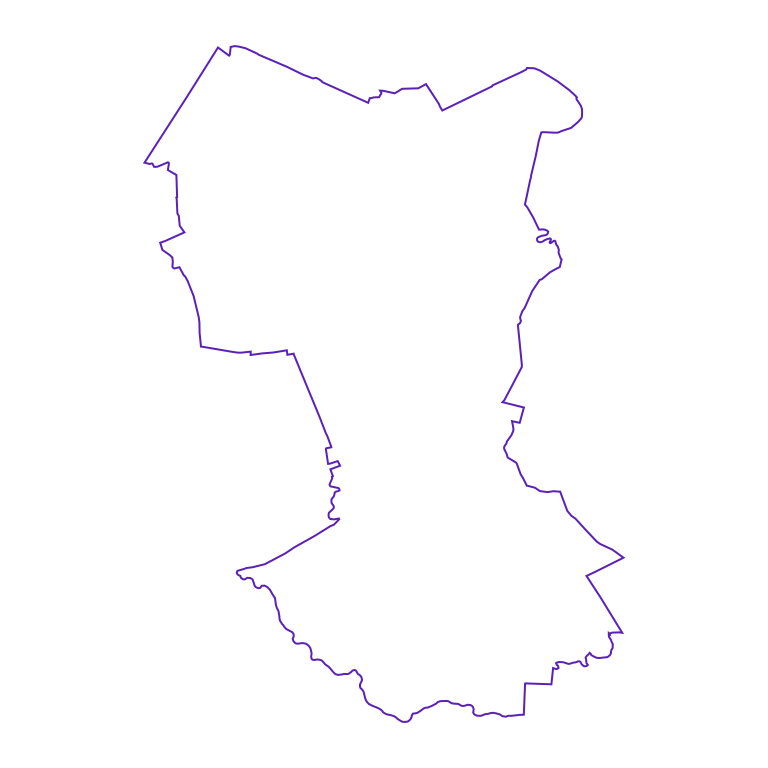 Sintea Mare, Arad, Romania
{"feature_id": "2599482B97863351949549", "entity_name": "Sintea Mare", "entity_type": "district", "adm_level": 2, "iso_a3": "ROU", "parent_name": "Romania", "parent_adm1": "Arad", "projection": "equal_earth", "projection_center": [21.626, 46.508], "detail": "fine", "context": "isolated", "style": "outline", "palette": "violet", "viewbox_px": 768, "rotation_deg": 0, "n_neighbors": 0, "source": "geoboundaries", "source_scale": "gbopen_adm2", "svg_char_len": 6080}
<svg xmlns="http://www.w3.org/2000/svg" viewBox="0 0 768 768"><path d="M402.4,721.8L405.6,721.9L407.9,721.5L409.3,720.4L410.5,719.2L411.5,717.4L411.7,715.9L412.8,713.7L416.1,713.2L417.6,712.7L421.3,710.3L423.0,708.9L424.0,708.3L425.6,707.7L427.6,707.6L431.4,706.1L436.2,703.6L437.6,702.2L439.8,701.3L441.2,701.1L445.7,701.0L448.0,701.1L449.3,701.8L451.3,703.1L453.5,703.6L456.8,703.8L458.3,704.0L459.7,704.7L461.3,705.7L463.0,706.0L464.9,705.7L467.4,704.8L470.3,705.0L471.9,705.8L472.9,707.0L473.7,709.1L473.2,712.6L474.1,714.1L474.9,714.8L477.0,715.6L478.4,715.8L481.0,715.8L485.1,714.2L488.3,713.8L490.4,713.1L493.2,712.8L496.2,713.4L499.7,714.3L501.6,715.7L503.0,716.3L505.9,716.7L508.0,715.8L511.8,715.8L519.4,714.9L523.8,714.7L525.1,683.5L525.4,683.4L551.4,684.3L553.1,668.1L556.2,669.1L557.8,668.6L558.5,667.9L558.2,667.5L558.3,666.8L557.9,665.6L556.9,665.1L556.1,663.1L556.8,662.6L559.2,662.0L563.1,662.2L568.4,663.9L570.0,663.7L573.5,662.6L575.3,662.4L576.7,662.0L578.0,661.3L579.4,661.4L580.4,661.8L581.8,664.5L584.0,666.2L585.2,666.3L587.0,665.8L587.8,665.0L586.5,663.1L586.1,659.8L585.6,657.5L586.8,655.9L589.1,653.7L589.6,652.9L590.7,653.8L591.4,655.2L594.2,656.7L596.6,657.8L599.6,658.0L607.5,657.1L609.8,655.3L610.9,653.3L611.2,650.3L612.6,648.1L612.8,644.1L611.8,642.3L610.9,639.8L609.0,636.9L608.8,635.0L608.8,633.1L609.7,633.9L609.6,633.5L612.4,632.6L619.2,632.4L622.2,632.8L600.5,597.4L586.5,576.0L596.1,571.4L623.5,557.7L612.3,549.6L600.2,544.0L596.8,541.6L585.8,530.0L575.4,518.6L571.5,515.9L567.3,510.9L560.2,491.7L553.6,491.2L547.4,492.1L539.9,491.1L534.9,487.7L526.8,485.6L522.9,477.9L520.7,474.4L516.8,463.7L516.1,462.6L508.4,458.0L507.6,457.3L506.6,453.8L504.2,449.0L504.1,447.0L505.4,444.8L506.4,443.6L506.9,441.5L511.4,435.2L513.3,430.8L513.4,428.7L513.0,426.0L512.0,421.2L519.7,422.8L523.9,407.5L502.5,402.2L504.5,400.0L521.8,367.0L521.9,365.3L517.9,324.9L518.4,324.3L519.6,323.6L520.5,322.2L520.9,321.0L520.1,317.8L520.4,316.2L521.3,314.1L522.1,311.6L524.8,307.7L532.2,291.1L539.7,279.9L541.7,279.3L550.1,272.2L555.8,269.0L559.8,267.0L561.6,259.3L560.8,258.7L558.8,253.5L558.6,252.3L558.8,249.6L557.7,246.4L556.3,244.7L555.6,242.4L555.4,241.3L555.0,240.8L554.4,240.7L553.6,241.0L551.2,242.8L550.3,243.1L549.8,242.9L549.6,242.5L549.8,241.8L550.4,241.0L550.9,239.7L550.9,239.1L550.4,238.6L549.9,238.4L546.5,239.4L544.9,240.1L542.9,241.4L541.4,242.0L540.5,242.2L539.2,242.1L538.2,241.7L537.4,241.0L537.1,240.1L537.1,238.5L537.6,237.7L538.7,237.0L541.8,235.8L545.8,235.1L546.8,234.6L547.6,233.7L548.1,232.3L548.1,231.6L547.5,230.9L546.3,230.2L544.5,229.6L543.1,229.4L541.9,229.4L540.2,229.6L539.0,229.6L533.1,217.3L527.4,207.5L524.9,204.5L525.7,201.2L530.1,180.3L531.1,176.9L531.0,176.0L535.8,155.8L538.8,140.9L541.3,132.4L542.8,132.2L544.6,132.2L555.1,132.7L558.1,132.6L561.4,131.1L570.8,128.0L571.4,127.7L578.0,122.0L581.3,118.3L581.7,117.4L582.0,116.1L582.1,111.9L582.0,109.0L580.8,105.7L579.1,103.0L576.6,99.4L576.4,98.0L576.9,97.4L575.5,95.8L569.4,90.2L557.8,81.5L540.3,70.7L535.0,68.5L532.7,68.2L527.1,68.0L526.1,69.6L519.8,72.8L492.5,85.4L492.2,86.3L442.3,110.5L439.8,106.3L439.0,104.1L426.0,84.1L418.3,88.3L402.1,88.8L396.5,92.3L394.6,93.3L383.3,90.8L380.1,90.6L381.4,92.8L381.3,93.4L379.1,97.2L373.7,97.4L371.3,98.1L369.8,98.1L368.2,102.8L322.6,82.3L321.4,80.9L319.3,79.5L316.4,77.9L315.4,77.9L313.7,78.3L312.5,78.3L309.4,77.0L303.3,74.8L287.1,66.9L258.8,54.8L257.1,53.6L245.7,48.3L238.9,46.6L234.9,46.1L230.7,46.9L229.8,54.8L229.1,55.7L218.0,47.5L186.6,97.4L144.5,162.7L149.8,164.0L151.2,163.5L152.4,163.6L154.1,166.8L155.7,166.9L157.7,166.6L167.9,162.3L168.7,162.7L168.9,163.8L168.1,168.6L168.0,170.1L176.4,175.0L177.1,197.2L176.3,197.5L176.7,198.9L177.4,213.5L178.8,215.9L179.7,225.7L184.4,232.4L164.7,241.2L160.2,242.7L162.4,249.9L169.8,255.1L172.4,257.6L172.8,261.9L172.4,266.6L173.2,267.9L174.6,268.5L179.4,267.2L183.8,275.3L185.2,276.5L187.7,281.1L193.6,296.0L198.7,317.1L199.4,322.2L199.6,333.0L201.0,346.6L201.5,346.6L231.4,351.7L238.1,352.7L241.1,352.7L250.7,351.6L250.6,355.0L262.2,353.4L273.3,352.5L286.8,350.3L287.4,354.8L293.6,353.7L293.6,354.0L309.0,391.4L319.5,416.8L325.7,432.8L327.4,436.3L331.0,446.0L331.3,447.3L326.5,448.2L326.0,448.5L325.9,449.1L328.1,463.9L330.5,463.5L337.7,461.1L340.1,465.7L330.4,469.3L332.9,476.2L331.9,476.8L332.2,478.4L329.5,484.5L330.3,486.3L338.6,488.1L339.4,489.2L339.5,490.4L338.0,491.1L335.3,491.9L334.7,492.8L334.3,494.9L333.7,496.5L331.6,499.1L331.4,500.8L331.6,503.0L333.8,506.3L333.6,508.4L328.9,512.8L328.5,515.1L328.9,517.4L330.3,519.0L334.0,519.4L338.9,518.5L339.2,519.3L333.8,524.8L330.6,526.0L314.7,535.9L294.4,547.3L285.3,553.4L264.8,564.2L252.8,567.2L246.6,568.0L244.4,568.8L237.4,570.9L236.8,572.5L237.1,573.8L238.6,575.2L240.3,575.9L240.9,577.8L243.1,579.3L244.7,579.4L247.3,577.8L250.5,578.1L251.8,578.9L252.7,579.8L253.5,582.1L254.7,585.9L255.8,587.1L257.8,588.0L258.8,588.2L260.3,587.8L261.6,585.8L264.5,585.6L267.2,587.0L269.9,589.7L272.1,593.6L274.2,596.9L274.8,597.5L274.9,598.4L275.2,599.4L275.9,604.8L276.7,607.5L278.1,610.3L278.7,612.0L278.9,613.9L279.2,614.9L279.6,619.2L280.2,621.0L282.2,624.1L283.3,625.2L284.3,626.8L286.4,629.1L292.3,632.2L293.1,633.3L293.6,634.2L293.7,635.7L293.5,637.2L292.7,638.6L293.3,640.9L294.7,642.6L296.0,643.5L297.9,643.7L301.3,643.2L303.1,643.1L306.2,643.8L308.2,645.3L309.3,646.6L310.3,648.1L311.0,650.4L311.6,653.5L311.2,656.4L311.3,657.8L311.8,659.0L312.4,659.7L314.6,660.0L316.6,659.5L317.8,659.5L320.7,660.0L322.2,660.8L324.9,664.0L326.2,665.1L328.6,666.7L330.9,669.2L332.9,671.7L335.2,674.0L336.2,674.4L338.1,674.9L342.5,674.4L343.8,673.9L347.5,674.1L349.0,673.6L350.9,672.2L352.1,671.0L353.0,670.4L353.9,670.1L354.7,670.0L355.5,670.3L356.5,671.4L357.8,673.9L359.8,675.1L361.3,676.8L361.9,678.9L361.9,680.5L360.0,684.4L360.0,686.7L360.6,688.2L361.8,689.2L363.3,691.2L363.9,692.9L364.8,696.8L365.4,699.0L366.7,701.6L368.9,704.0L373.1,706.1L376.4,707.3L378.9,708.5L381.2,709.9L382.3,711.0L383.2,712.4L386.3,714.2L390.6,715.1L393.9,716.1L396.0,717.4L397.4,718.8L400.2,720.6L402.4,721.8Z" fill="none" stroke="#5b21b6" stroke-width="2"/></svg>